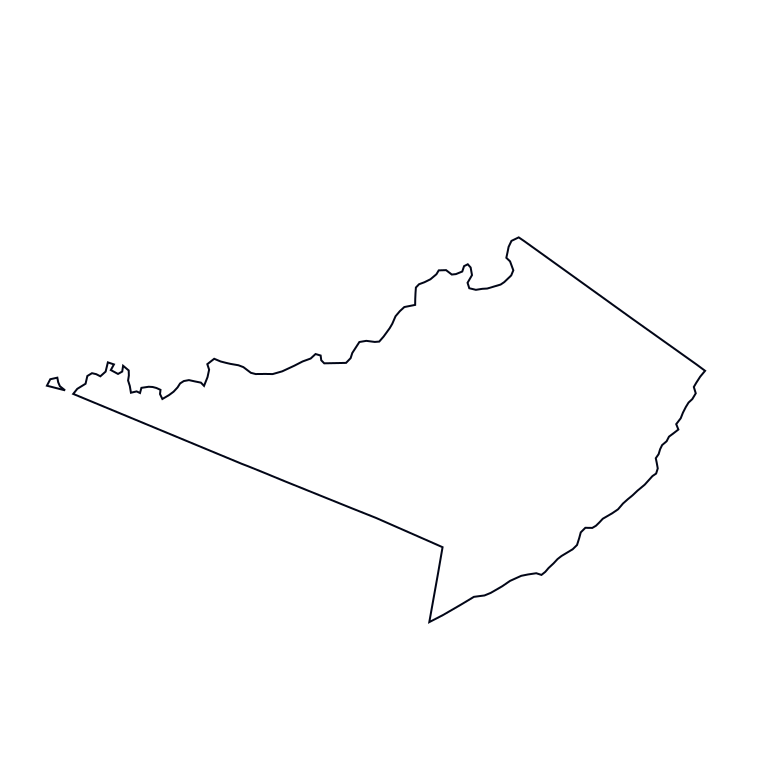 outline of Lago Verde, Maranhão, Brazil, rotated 216°
{"feature_id": "56859067B93982504925722", "entity_name": "Lago Verde", "entity_type": "district", "adm_level": 2, "iso_a3": "BRA", "parent_name": "Brazil", "parent_adm1": "Maranhão", "projection": "robinson", "projection_center": [-44.838, -3.983], "detail": "fine", "context": "isolated", "style": "outline", "palette": "ink", "viewbox_px": 768, "rotation_deg": 216, "n_neighbors": 0, "source": "geoboundaries", "source_scale": "gbopen_adm2", "svg_char_len": 2387}
<svg xmlns="http://www.w3.org/2000/svg" viewBox="0 0 768 768"><g transform="rotate(216 384 384)"><path d="M629.6,193.3L452.2,235.8L445.5,237.6L425.4,242.6L420.7,243.7L407.1,247.0L336.7,264.6L311.6,271.0L240.7,286.4L228.8,262.2L207.4,218.0L200.5,231.7L191.9,251.1L186.2,264.6L181.9,268.7L178.4,272.0L174.9,277.7L169.5,289.8L166.3,298.8L163.0,304.6L160.2,309.5L155.6,314.5L149.6,320.4L144.4,322.1L143.1,326.8L142.7,331.9L141.4,338.5L140.7,344.4L139.3,349.2L136.5,355.8L134.2,361.3L133.2,367.2L135.5,374.1L137.6,379.6L136.6,386.0L130.9,390.0L129.2,393.9L128.4,398.6L127.8,403.6L125.8,408.1L123.3,413.8L121.0,420.2L120.4,427.8L119.0,434.2L117.5,439.9L116.2,446.8L113.9,455.8L112.7,467.3L111.2,471.5L112.9,476.6L117.3,480.8L120.5,483.7L120.6,488.7L122.3,493.6L123.1,498.1L121.7,503.8L122.5,508.9L120.6,515.0L119.1,520.2L124.0,523.3L123.8,530.7L125.3,536.5L126.3,542.8L126.7,548.0L125.7,553.0L126.3,559.7L131.6,563.7L132.1,568.6L132.5,575.8L132.0,583.4L142.7,583.5L220.7,582.7L304.6,582.3L355.2,582.0L361.2,581.8L365.0,574.7L363.8,568.2L361.5,563.2L359.2,558.0L354.1,557.3L346.2,552.0L344.9,546.6L346.6,537.1L348.1,533.0L356.6,521.9L360.4,518.8L365.0,514.2L371.3,511.6L375.9,515.0L376.8,523.8L382.4,529.2L386.6,530.1L388.5,526.4L386.8,521.0L390.4,515.2L393.5,512.4L400.7,512.6L406.5,508.1L406.1,503.6L408.0,496.0L411.1,490.1L414.3,485.3L414.9,480.8L411.9,476.0L408.6,471.0L405.3,466.3L412.8,458.2L414.0,452.2L414.5,445.6L412.7,437.6L412.2,432.5L412.2,422.1L412.8,415.5L416.2,412.6L423.7,408.5L428.6,403.5L427.9,390.5L426.2,385.3L427.1,378.8L430.5,376.2L444.5,365.6L448.7,366.3L452.0,369.8L457.0,368.0L458.3,361.5L463.1,354.4L467.3,346.1L473.8,334.4L479.9,326.6L485.9,322.4L493.7,316.6L498.3,314.8L507.7,315.0L512.8,313.6L520.1,310.0L524.1,308.3L529.4,306.2L536.2,304.6L538.6,296.2L533.9,292.8L530.8,285.8L528.5,276.7L532.9,277.5L538.6,274.9L544.1,272.5L547.7,268.7L549.3,264.6L549.0,259.9L549.7,254.1L551.4,248.7L554.5,241.6L559.3,244.2L561.4,247.9L565.8,247.0L569.4,245.6L572.7,243.5L578.0,238.3L576.1,233.3L579.8,232.6L583.6,228.2L588.5,233.0L593.1,236.4L595.4,240.9L598.5,244.9L605.8,245.4L603.1,240.2L605.1,235.8L613.2,234.7L614.0,241.1L620.1,239.2L616.5,230.4L618.0,223.5L622.6,222.8L626.6,221.1L628.7,216.1L625.6,208.8L629.3,199.8L629.6,193.3ZM652.0,197.1L656.8,191.7L655.7,184.5L638.3,191.4L644.9,191.7L648.6,193.9L652.0,197.1Z" fill="none" stroke="#020617" stroke-width="2"/></g></svg>